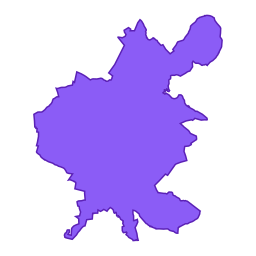 La Unión, Sucre, Colombia (Mercator projection)
{"feature_id": "7082276B70731756004161", "entity_name": "La Unión", "entity_type": "district", "adm_level": 2, "iso_a3": "COL", "parent_name": "Colombia", "parent_adm1": "Sucre", "projection": "mercator", "projection_center": [-75.264, 8.814], "detail": "fine", "context": "isolated", "style": "filled", "palette": "violet", "viewbox_px": 256, "rotation_deg": 0, "n_neighbors": 0, "source": "geoboundaries", "source_scale": "gbopen_adm2", "svg_char_len": 5778}
<svg xmlns="http://www.w3.org/2000/svg" viewBox="0 0 256 256"><path d="M155.8,39.9L154.5,38.6L154.0,38.6L153.7,38.5L153.8,38.1L153.1,37.8L152.7,38.3L151.7,39.0L149.8,40.0L148.0,39.4L147.0,37.6L146.6,37.7L146.4,36.2L145.7,34.7L146.0,32.9L145.6,31.4L146.2,30.4L146.2,29.6L145.5,28.3L144.1,26.0L143.5,24.3L141.8,21.4L141.0,20.5L140.0,19.7L137.8,22.7L134.5,30.7L130.2,30.8L130.7,29.2L128.5,27.6L124.1,30.3L124.5,32.2L126.0,34.5L125.2,36.3L122.2,37.8L121.2,37.5L118.1,37.1L118.0,37.4L124.4,45.3L114.7,64.6L108.7,72.9L112.6,75.9L112.1,77.3L111.9,78.5L110.9,80.1L109.5,79.9L108.3,80.9L107.5,81.2L106.4,81.3L105.7,80.9L105.7,80.7L103.6,79.8L102.7,78.9L102.3,78.6L100.9,78.2L97.0,79.0L92.9,78.9L91.8,79.2L90.3,79.9L85.8,76.5L83.9,75.3L81.2,73.8L76.8,71.9L74.5,82.4L73.1,81.4L72.4,85.1L68.1,85.9L66.4,86.8L65.1,87.3L61.2,87.4L58.0,88.4L57.0,88.5L56.2,88.3L57.7,92.5L58.7,96.7L56.6,96.9L54.2,98.6L53.3,98.9L52.7,100.1L52.2,102.0L51.2,103.6L49.5,105.3L49.1,106.0L46.8,107.3L45.0,109.6L42.8,111.4L42.0,111.9L41.1,112.1L39.1,112.0L37.8,112.1L33.9,114.3L34.5,121.1L34.8,127.0L36.0,127.3L35.9,128.4L37.1,128.6L36.8,131.9L38.5,132.2L38.5,136.5L37.4,142.4L36.5,145.7L38.3,146.0L36.5,151.9L36.8,152.6L37.9,153.6L40.0,155.1L40.8,156.7L41.5,157.5L44.5,159.8L44.6,159.6L48.4,161.7L52.8,163.2L55.1,164.8L56.7,165.1L58.5,166.2L60.6,166.8L63.3,167.9L64.2,168.5L64.8,169.2L65.9,170.9L66.7,172.5L67.2,172.9L68.7,173.4L72.6,173.9L68.5,180.0L69.9,179.7L74.3,181.4L74.2,181.6L75.7,182.4L75.8,183.6L74.9,188.8L84.7,191.3L84.6,193.3L85.2,200.0L84.0,200.1L81.3,200.8L78.8,200.9L77.9,201.2L77.0,201.8L77.8,206.0L78.9,206.3L79.2,206.6L79.4,208.6L80.6,212.0L79.6,215.8L75.7,216.5L78.6,218.6L78.7,219.2L78.9,223.8L75.8,225.0L73.8,226.0L72.7,227.1L71.9,228.1L71.7,228.3L71.2,235.2L69.3,234.8L68.0,234.3L69.4,232.2L69.4,230.0L67.9,229.9L67.2,230.1L66.3,232.6L65.1,233.3L64.4,235.1L64.9,237.3L65.8,237.5L65.9,237.8L72.2,239.3L72.5,239.1L76.5,234.9L78.0,232.4L79.8,230.5L80.6,229.3L82.2,227.4L83.1,226.6L84.3,226.0L85.0,225.9L86.7,219.7L92.3,219.0L92.7,213.4L93.5,213.5L93.5,213.2L97.7,213.1L98.0,210.0L100.5,211.4L102.2,210.5L103.8,209.4L107.0,211.2L108.3,209.4L110.3,207.5L112.1,208.7L113.2,209.8L113.8,212.1L113.8,212.3L114.1,212.9L114.5,213.2L114.8,213.1L115.4,212.6L115.9,212.3L116.1,212.4L116.6,214.6L116.6,215.4L116.8,215.9L117.4,216.0L118.3,215.8L118.1,217.0L118.4,217.1L119.1,216.6L119.4,216.7L120.7,219.3L121.4,219.8L123.1,220.8L123.2,221.1L122.9,221.5L123.1,222.5L122.8,222.9L122.8,223.6L123.8,225.5L123.9,226.3L122.3,226.7L122.2,227.6L122.3,230.7L123.1,232.3L123.5,232.7L126.5,232.1L126.9,232.9L126.0,234.6L126.3,234.9L127.6,235.8L128.8,237.4L132.6,239.5L133.1,240.6L135.4,240.4L135.7,240.0L136.3,239.6L136.7,239.8L136.9,240.4L138.2,240.3L137.4,237.2L136.9,233.6L135.1,227.5L136.3,225.5L137.8,222.0L137.3,219.4L136.1,220.0L135.4,220.0L134.7,220.5L133.6,220.6L133.6,215.8L133.0,214.0L132.9,211.8L133.0,210.2L134.6,210.6L135.8,211.2L139.2,214.0L139.6,215.9L140.6,217.2L146.1,223.5L147.2,224.0L148.5,225.3L150.0,225.9L149.9,226.5L150.8,226.7L151.4,226.4L151.9,226.7L151.8,227.0L154.6,228.1L155.6,228.3L155.6,228.7L156.4,228.9L159.0,228.8L163.6,229.1L166.4,228.9L167.8,228.9L170.0,230.5L172.6,231.2L173.6,231.3L174.8,232.3L176.2,233.1L177.8,233.2L178.2,227.8L178.5,227.7L179.1,226.9L179.2,227.1L182.4,225.3L185.6,223.7L186.7,223.8L187.7,223.7L189.6,222.5L192.3,221.6L194.0,220.6L194.9,219.9L197.0,218.7L197.5,218.4L198.2,217.3L199.7,214.0L199.9,211.6L200.2,211.1L187.3,201.2L186.3,201.0L185.5,200.6L184.6,200.9L183.6,200.5L181.6,200.8L180.5,200.7L180.2,200.3L179.6,198.9L179.0,198.3L176.3,196.9L175.3,196.0L173.3,195.3L173.0,194.8L172.4,192.7L171.7,192.2L169.0,192.0L168.1,192.7L167.4,193.6L166.7,193.9L165.5,193.4L163.7,193.4L158.0,192.6L157.9,192.1L156.7,190.3L154.6,185.4L159.1,180.9L165.4,174.1L167.6,175.3L175.2,164.6L176.2,163.9L180.7,162.2L186.8,160.5L185.6,155.9L184.0,151.4L184.6,146.9L184.8,146.4L188.7,146.0L191.1,144.7L191.3,144.2L190.9,143.3L196.5,139.5L196.6,138.7L196.3,136.1L191.2,133.8L190.4,133.4L188.8,130.9L188.2,130.3L183.7,126.7L183.0,125.9L180.3,123.5L185.4,121.2L186.6,120.8L191.6,119.8L192.5,120.3L193.8,119.5L194.7,118.4L195.4,118.5L201.2,120.1L204.6,119.8L206.5,119.9L207.2,119.7L207.0,118.2L202.4,114.3L196.9,111.2L196.0,111.4L195.4,111.3L194.4,110.3L193.5,109.7L188.7,107.1L189.2,106.4L188.1,105.7L187.7,106.3L186.6,105.6L185.9,104.9L184.7,103.0L184.4,100.3L183.3,98.7L182.5,96.4L182.1,95.8L181.0,94.9L178.9,94.9L177.8,97.0L177.0,97.8L175.5,98.5L174.0,98.7L172.0,98.1L169.0,94.9L166.4,93.4L164.8,94.0L163.0,92.8L163.6,92.1L164.0,91.9L165.3,91.9L164.7,90.2L164.3,90.0L164.4,89.8L166.1,90.2L166.6,89.0L167.4,89.3L167.0,90.4L166.7,90.3L167.6,91.2L168.9,91.6L169.6,90.5L168.9,89.6L168.7,89.0L168.1,85.9L169.0,83.6L168.8,80.2L169.1,79.7L170.5,78.8L170.7,77.6L170.6,75.8L171.0,75.5L171.9,75.3L174.7,75.3L176.1,74.7L177.9,75.0L180.4,76.1L185.5,73.2L187.6,71.7L189.9,71.0L192.6,66.8L192.3,62.5L193.1,61.2L195.4,63.1L195.9,63.2L198.6,63.3L200.7,64.4L201.4,65.1L201.9,65.3L202.3,65.3L203.1,64.9L204.3,64.9L205.8,64.4L206.4,64.5L206.7,65.1L207.3,65.4L207.6,64.6L208.0,64.5L209.8,62.4L210.9,61.6L212.7,60.6L215.8,57.7L216.9,55.9L217.9,54.7L218.5,53.0L219.0,52.8L219.2,51.7L221.4,47.3L221.6,46.6L222.1,40.3L221.7,39.2L220.3,37.2L220.1,36.3L220.5,33.3L220.7,28.2L220.0,26.8L217.0,23.4L215.1,20.8L214.8,20.3L214.1,17.8L213.6,17.6L212.0,16.5L209.9,15.7L207.6,15.4L206.4,15.4L205.7,15.6L204.9,15.6L205.0,15.9L203.1,16.4L199.7,17.4L199.7,17.5L197.4,18.8L195.6,21.7L195.1,22.2L192.5,24.2L190.7,26.0L190.5,26.5L190.5,27.2L190.0,29.3L188.5,32.3L188.3,33.4L187.9,33.7L185.3,37.0L183.8,39.6L182.9,40.3L177.9,41.8L177.2,42.7L176.1,45.0L172.8,49.4L173.9,51.0L170.1,53.8L165.7,49.3L162.9,44.7L161.1,45.4L160.8,45.2L157.7,41.8L157.1,40.5L155.8,39.9Z" fill="#8b5cf6" stroke="#5b21b6" stroke-width="1.5"/></svg>